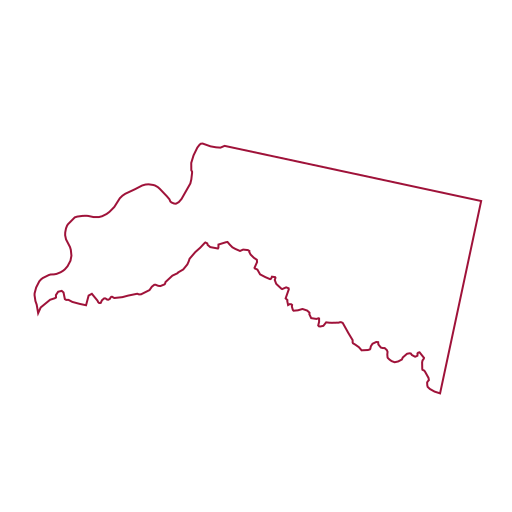 Union, South Dakota, United States of America, rotated 102°
{"feature_id": "52423323B60161926026355", "entity_name": "Union", "entity_type": "district", "adm_level": 2, "iso_a3": "USA", "parent_name": "United States of America", "parent_adm1": "South Dakota", "projection": "robinson", "projection_center": [-96.567, 42.782], "detail": "fine", "context": "isolated", "style": "outline", "palette": "rose", "viewbox_px": 512, "rotation_deg": 102, "n_neighbors": 0, "source": "geoboundaries", "source_scale": "gbopen_adm2", "svg_char_len": 3324}
<svg xmlns="http://www.w3.org/2000/svg" viewBox="0 0 512 512"><g transform="rotate(102 256 256)"><path d="M327.1,408.7L332.6,401.8L333.9,400.8L334.5,399.9L334.5,398.9L334.1,398.1L331.4,397.5L329.1,395.8L328.8,394.8L329.1,393.5L329.6,392.6L329.5,391.4L328.4,390.1L326.6,389.5L326.0,389.0L325.8,388.1L326.4,386.6L326.5,385.7L324.0,378.1L321.3,372.8L317.6,364.3L317.9,362.5L317.4,360.5L311.5,353.1L307.7,351.5L305.3,349.5L305.0,348.3L305.5,345.5L305.3,343.3L302.8,339.6L302.0,339.2L300.3,339.1L292.6,333.7L289.1,329.1L288.4,328.9L284.3,324.4L278.5,321.4L275.2,320.7L272.5,320.4L264.8,316.2L259.5,312.3L253.9,308.9L253.3,308.4L253.8,306.3L255.2,305.6L256.8,302.6L256.6,294.8L255.7,294.5L252.6,295.1L248.8,288.3L248.2,286.8L250.3,284.1L252.4,280.9L253.4,277.6L254.4,272.7L252.4,269.9L251.9,265.2L252.5,263.5L253.5,263.4L255.7,261.6L258.2,257.7L259.5,254.4L261.7,253.7L267.9,255.0L268.4,254.6L269.0,251.8L273.1,248.2L274.7,242.5L275.7,237.6L275.6,237.1L274.9,236.5L272.9,236.1L272.7,232.9L273.3,232.4L275.5,232.7L278.5,230.8L279.2,230.2L282.8,224.2L282.9,223.5L280.4,220.0L280.8,217.4L281.8,217.0L286.5,217.6L291.3,218.2L292.6,216.1L293.7,216.0L297.3,214.4L296.1,213.1L295.9,211.4L296.4,210.5L298.0,210.4L301.0,208.8L301.7,207.9L300.4,203.7L298.2,199.6L298.2,199.2L298.7,194.7L300.0,192.4L300.5,191.8L301.9,191.7L305.3,189.1L305.0,183.8L303.9,181.9L304.0,181.3L307.2,180.6L311.0,180.7L311.7,179.8L311.6,178.5L310.3,175.6L306.3,173.6L306.0,170.3L305.6,168.1L305.3,166.8L304.0,161.3L303.2,159.9L303.1,158.6L303.5,157.2L312.2,149.6L315.3,146.7L318.2,144.0L320.5,143.5L321.2,143.0L322.0,140.6L323.8,136.4L326.3,133.1L324.7,127.0L323.7,125.2L323.0,124.9L320.5,124.9L317.6,123.8L315.1,120.5L314.9,118.6L317.1,117.9L319.6,114.8L319.7,112.8L319.3,111.0L320.9,108.4L322.4,107.4L325.0,107.1L327.7,106.3L328.3,105.9L329.6,103.8L330.6,101.5L331.1,98.3L329.6,95.0L326.9,91.8L324.7,91.3L320.3,88.0L319.9,87.2L319.2,85.4L319.2,84.3L320.4,83.0L321.4,79.7L321.4,79.3L320.0,77.4L318.7,77.5L317.7,77.8L316.8,77.2L316.2,76.0L320.7,70.5L321.5,70.5L323.5,71.4L325.5,71.4L331.9,69.9L332.7,69.5L333.1,67.7L333.9,66.7L339.4,61.9L341.5,61.1L343.3,62.1L344.3,62.3L347.1,61.5L348.4,60.8L349.9,58.3L351.5,53.2L352.1,47.4L155.4,47.2L154.8,309.6L157.4,313.3L158.0,317.7L158.2,323.3L157.1,331.6L157.7,333.4L159.0,334.4L162.1,335.9L170.5,338.0L178.4,338.7L185.6,337.1L186.7,336.1L188.0,335.8L194.5,335.2L198.7,335.3L215.7,340.7L219.3,342.7L221.3,344.9L221.6,345.6L221.7,347.2L221.2,349.8L220.5,351.1L218.5,352.5L216.1,355.6L210.3,364.1L209.0,366.4L208.0,369.6L207.9,371.4L208.2,376.0L209.1,379.0L210.7,382.0L215.8,388.2L222.3,396.8L224.8,399.2L227.8,401.2L237.5,404.8L243.4,408.6L246.0,410.9L249.1,414.8L250.6,417.8L251.7,422.9L251.7,428.6L252.0,430.7L252.8,433.9L254.6,439.0L255.9,441.3L264.0,446.5L265.5,447.1L268.5,447.6L272.7,447.5L275.4,447.0L279.2,445.3L285.9,439.8L288.5,438.4L294.1,436.6L299.2,436.5L305.2,438.2L308.8,440.2L310.4,441.5L312.5,443.7L315.0,447.4L316.1,450.1L316.7,452.9L317.7,454.7L321.8,459.9L323.4,461.3L325.8,462.7L332.5,464.5L338.5,464.8L340.3,464.5L345.9,462.4L349.2,460.4L357.2,457.2L351.1,455.9L341.6,448.3L339.2,444.1L338.2,443.0L335.8,443.6L332.1,442.1L330.5,438.8L331.7,436.7L337.9,434.0L338.4,432.5L337.9,430.3L339.1,426.1L339.5,418.6L339.5,412.0L329.5,411.5L327.1,408.7Z" fill="none" stroke="#9f1239" stroke-width="2"/></g></svg>